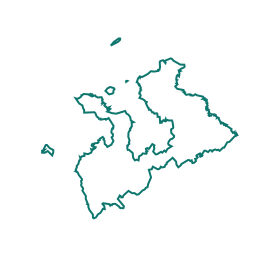 the district of Serang, Banten, Indonesia, rotated 321°
{"feature_id": "22746128B3242616561013", "entity_name": "Serang", "entity_type": "district", "adm_level": 2, "iso_a3": "IDN", "parent_name": "Indonesia", "parent_adm1": "Banten", "projection": "mercator", "projection_center": [106.13, -6.072], "detail": "fine", "context": "isolated", "style": "outline", "palette": "teal", "viewbox_px": 256, "rotation_deg": 321, "n_neighbors": 0, "source": "geoboundaries", "source_scale": "gbopen_adm2", "svg_char_len": 5974}
<svg xmlns="http://www.w3.org/2000/svg" viewBox="0 0 256 256"><g transform="rotate(321 128 128)"><path d="M72.3,120.7L71.4,122.5L69.7,122.6L66.6,124.8L64.1,125.3L63.7,126.2L60.9,127.7L60.8,129.6L60.3,129.3L61.0,131.1L60.2,133.5L60.1,138.5L59.6,139.4L58.1,139.7L57.2,141.7L55.8,142.7L55.2,144.0L55.3,146.0L54.6,147.3L53.2,147.9L52.4,154.4L50.6,156.4L49.1,161.3L48.4,161.5L49.0,162.5L47.4,164.6L46.5,167.3L46.2,173.2L44.4,175.6L44.6,176.7L46.9,177.3L50.3,176.2L53.2,176.6L57.7,175.0L58.9,176.4L60.4,173.7L60.4,170.9L61.4,170.9L65.5,175.4L65.3,177.1L66.5,176.9L66.9,177.8L68.2,177.4L70.4,178.9L71.7,183.7L71.4,184.7L72.0,185.8L74.0,187.4L75.6,186.2L75.4,176.8L79.1,175.3L79.5,176.8L79.1,177.7L80.2,178.5L82.3,177.5L88.8,177.2L90.2,181.3L92.1,182.7L92.8,185.3L94.6,186.2L100.1,185.7L102.3,186.3L104.3,185.7L105.9,186.3L108.3,184.3L114.8,180.9L117.9,173.6L120.5,175.0L123.0,173.7L125.0,178.5L125.9,179.3L127.7,179.4L129.1,178.7L129.7,180.1L131.9,181.3L133.7,180.3L135.6,180.3L136.2,179.3L144.0,179.3L144.2,184.4L142.6,187.0L142.4,190.2L145.6,190.2L146.7,189.6L154.5,190.7L155.5,191.6L155.6,192.9L157.1,193.2L156.0,195.8L157.5,196.6L160.1,196.4L160.8,194.3L162.1,195.0L163.7,194.6L163.6,192.7L164.3,192.4L168.0,193.1L168.0,194.3L166.2,195.1L166.1,195.8L168.1,196.4L168.7,196.1L168.5,195.1L173.1,193.7L173.8,194.2L175.1,197.1L177.7,196.8L178.9,198.2L178.7,199.2L180.9,199.0L182.4,199.7L183.1,201.2L184.5,201.7L184.8,203.4L189.6,203.1L190.4,203.8L196.0,201.6L198.2,202.6L205.6,201.6L208.5,202.4L208.8,200.7L207.9,201.2L208.3,200.2L207.5,200.4L208.0,198.6L207.2,198.2L207.9,197.9L205.8,197.3L206.5,197.2L206.6,194.8L207.8,194.0L206.1,188.5L205.4,188.1L205.6,187.4L206.7,187.5L205.9,186.0L205.1,186.6L204.5,186.2L205.1,184.3L203.8,183.5L204.6,183.1L204.1,182.2L203.2,182.4L204.1,179.7L203.9,178.6L204.9,177.5L204.3,176.2L203.5,176.1L204.1,175.6L203.6,173.9L204.4,173.3L204.2,172.6L202.9,172.3L203.4,171.5L201.9,170.3L202.3,170.0L200.5,170.8L198.7,169.8L198.6,168.9L199.1,168.5L199.0,169.3L199.6,169.3L199.7,167.5L200.8,168.0L200.4,166.9L201.6,166.0L201.4,165.1L202.2,164.8L201.9,163.4L200.4,163.4L200.7,162.2L201.9,161.1L202.5,161.5L202.5,160.7L204.0,160.7L204.6,158.7L205.5,158.6L205.6,157.9L205.0,157.5L206.5,156.2L205.5,155.9L205.3,155.0L206.3,154.6L205.3,153.9L206.1,153.3L204.6,152.4L206.0,152.2L206.0,150.8L202.1,145.9L201.6,144.2L198.9,143.8L197.3,142.1L198.0,141.8L197.3,140.7L194.1,138.8L193.8,136.8L194.7,136.3L193.9,135.3L194.6,135.1L194.9,133.9L194.1,133.3L194.7,133.0L191.0,128.7L190.8,126.8L190.9,125.4L193.9,125.2L193.6,123.7L194.4,123.8L195.6,121.6L196.5,121.6L196.2,120.4L198.6,118.3L199.8,118.0L200.2,120.0L202.1,118.3L203.3,115.8L203.9,116.3L204.0,115.6L204.8,116.3L204.7,115.3L206.2,115.3L210.0,116.2L210.8,115.7L211.6,114.2L208.6,111.7L205.6,104.2L205.7,102.1L205.0,100.8L199.4,99.1L198.6,99.4L198.4,100.9L197.9,101.2L197.9,97.4L195.2,96.3L194.0,96.9L191.3,100.8L189.1,102.5L188.0,101.8L187.5,102.7L183.8,100.6L181.5,98.3L177.5,98.5L171.1,97.3L170.1,96.1L169.4,96.4L169.8,95.5L169.7,95.3L167.1,95.8L163.6,97.9L164.2,98.8L163.7,100.6L164.2,101.0L163.5,101.8L164.0,102.1L163.2,105.0L162.3,105.3L162.1,106.4L161.7,106.1L160.4,107.5L159.7,107.3L158.4,108.4L158.8,109.5L158.1,110.9L155.8,111.9L157.5,114.6L158.3,117.2L158.0,118.3L158.9,119.7L157.4,120.3L156.3,124.8L156.7,125.3L155.7,127.0L157.1,128.0L156.6,131.1L157.6,131.8L157.5,133.5L159.6,134.6L159.8,135.3L158.0,138.0L159.6,139.3L156.2,144.3L157.7,145.1L158.5,144.1L159.7,144.7L160.4,144.3L160.9,145.7L162.9,144.7L162.1,146.5L163.8,146.6L164.4,147.9L166.9,149.7L166.7,150.8L163.7,155.9L162.8,156.5L160.6,156.2L158.5,159.1L158.9,163.2L158.0,164.0L155.5,164.2L153.9,163.5L151.2,164.1L149.4,165.4L149.0,166.5L150.4,169.7L145.4,169.1L142.4,170.3L142.0,168.4L139.1,168.7L138.7,167.3L134.2,166.7L132.9,165.9L132.7,162.2L135.7,160.4L136.5,158.7L137.6,158.1L136.8,155.8L131.0,157.4L130.6,155.9L128.9,155.4L128.3,156.4L128.5,158.1L127.1,157.9L126.9,159.2L125.9,159.5L123.4,157.0L121.4,157.5L118.8,157.0L115.8,159.8L114.8,158.0L113.0,157.5L113.2,154.6L115.9,150.3L115.0,145.6L114.0,144.8L114.6,143.5L116.2,141.5L116.5,141.9L117.8,141.1L119.0,141.2L119.9,139.6L120.7,139.9L120.2,139.4L121.4,138.6L122.7,135.0L125.5,131.9L127.8,130.9L128.3,131.2L129.0,129.9L130.0,130.0L130.5,129.3L131.9,129.3L134.1,126.3L136.1,127.0L134.9,124.0L136.6,120.9L136.7,117.9L135.9,115.9L136.5,113.0L127.9,109.5L125.1,106.6L122.2,102.2L126.2,102.1L125.8,101.2L122.5,101.1L126.1,101.2L124.9,100.6L126.6,100.1L124.2,99.3L124.5,98.0L125.0,98.0L123.9,97.4L123.8,95.6L125.6,95.0L124.6,92.9L124.1,92.9L124.6,92.6L123.6,92.7L123.5,92.4L124.9,92.3L124.6,91.4L123.9,91.4L124.9,91.3L125.4,90.0L126.2,90.0L126.8,87.4L124.0,85.5L123.0,83.9L122.9,81.9L119.9,80.9L118.1,76.6L114.8,73.6L112.8,73.7L112.5,73.2L111.3,74.1L108.7,74.0L106.8,73.2L106.0,72.0L105.5,78.2L106.8,81.9L105.6,84.1L105.3,86.3L103.6,88.5L111.8,94.6L112.0,95.8L110.9,99.5L111.5,101.3L111.1,102.5L112.6,103.5L112.0,104.3L116.3,106.8L116.2,107.7L119.2,108.1L118.1,117.3L116.3,118.9L116.1,118.3L115.3,118.5L112.7,120.4L112.1,121.6L112.4,123.3L111.0,124.9L109.4,124.9L108.5,128.9L104.6,130.5L100.0,129.7L100.3,127.9L99.8,125.9L101.9,122.8L101.6,121.6L102.7,121.0L102.7,119.0L99.2,118.6L98.5,119.6L97.0,118.8L96.3,120.5L95.1,120.6L92.4,118.9L90.8,119.5L90.8,118.2L89.7,118.0L88.7,118.8L88.8,120.1L90.8,122.6L89.8,123.1L87.3,122.2L87.3,122.8L86.6,122.7L86.0,121.5L85.4,123.1L83.9,124.0L80.4,123.1L78.0,120.3L76.6,122.3L74.0,120.9L72.4,121.5L72.3,120.7ZM53.3,89.5L48.0,92.0L49.1,92.5L47.3,92.7L47.7,92.0L46.9,91.6L45.7,93.2L47.8,94.9L51.1,95.4L51.8,101.6L54.7,99.8L56.1,98.0L54.5,94.5L54.3,90.2L53.3,89.5ZM142.1,88.0L139.9,84.9L136.9,84.3L133.8,85.0L134.5,90.0L137.7,91.5L138.7,91.4L140.5,89.6L142.0,89.3L142.1,88.0ZM171.4,52.2L166.5,53.1L174.7,54.8L177.3,54.5L178.2,53.6L177.3,52.6L171.4,52.2ZM156.6,90.4L155.9,90.4L155.6,91.0L157.1,91.1L156.6,90.4ZM121.0,79.5L120.6,78.6L120.3,79.0L121.0,79.5ZM119.5,78.1L120.0,78.1L119.6,77.8L119.5,78.1Z" fill="none" stroke="#0f766e" stroke-width="2"/></g></svg>